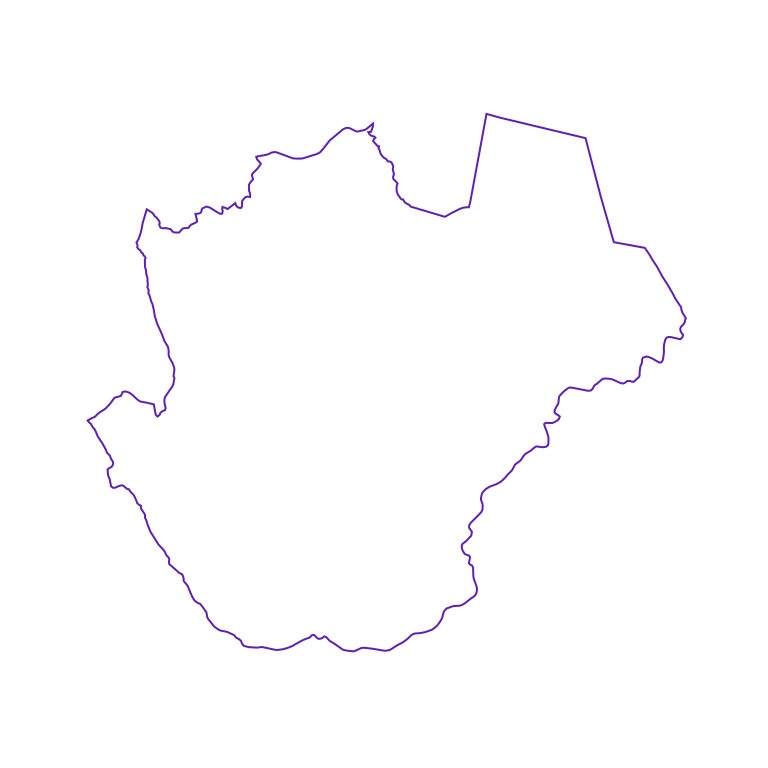 Matungulu, Eastern, Kenya, rotated 192°
{"feature_id": "3690345B24621984513520", "entity_name": "Matungulu", "entity_type": "district", "adm_level": 2, "iso_a3": "KEN", "parent_name": "Kenya", "parent_adm1": "Eastern", "projection": "orthographic", "projection_center": [37.26, -1.206], "detail": "fine", "context": "isolated", "style": "outline", "palette": "violet", "viewbox_px": 768, "rotation_deg": 192, "n_neighbors": 0, "source": "geoboundaries", "source_scale": "gbopen_adm2", "svg_char_len": 6163}
<svg xmlns="http://www.w3.org/2000/svg" viewBox="0 0 768 768"><g transform="rotate(192 384 384)"><path d="M212.0,365.9L214.7,371.0L218.1,376.1L219.0,378.1L217.9,379.6L212.2,380.6L210.7,381.1L207.3,383.9L205.6,386.2L205.3,388.8L207.5,389.9L210.0,390.6L211.4,391.9L211.6,393.8L210.3,398.8L209.6,400.2L209.5,402.0L210.0,406.6L210.0,408.3L208.5,411.1L206.3,414.5L202.9,418.4L201.2,419.3L198.8,419.5L182.9,419.8L180.2,420.7L178.8,423.0L178.1,425.8L177.0,427.4L175.7,428.6L171.4,434.3L168.9,435.4L164.4,436.0L161.7,436.0L152.6,434.1L150.5,434.1L148.6,435.2L146.6,437.5L144.2,438.1L142.3,437.8L140.3,438.0L135.9,444.0L135.8,445.6L136.5,449.5L136.9,454.1L136.2,457.9L136.2,459.7L136.7,461.7L136.1,463.7L133.1,465.4L131.0,465.5L126.8,464.7L119.4,462.2L117.3,462.8L116.4,464.7L116.3,467.8L116.9,474.2L117.5,475.9L118.2,480.2L118.2,484.1L118.0,486.2L117.1,488.1L115.7,489.1L113.3,489.5L103.4,489.4L101.8,491.7L101.7,494.3L103.7,495.9L105.2,497.9L105.7,499.7L105.4,501.6L103.4,504.8L102.6,507.4L102.8,509.2L102.4,511.0L103.8,512.7L106.8,515.6L108.7,518.8L109.2,520.7L116.6,527.9L120.1,532.2L127.3,540.2L133.9,546.8L141.6,555.8L147.2,561.2L150.7,565.2L157.2,571.4L188.7,570.5L211.1,612.7L238.0,666.4L325.4,668.6L339.9,669.5L337.5,580.7L337.7,574.5L339.5,574.2L343.4,572.8L346.7,570.7L353.2,565.5L359.2,560.2L395.1,563.1L396.3,564.4L400.0,565.3L401.9,566.4L403.7,568.5L405.3,568.3L406.7,569.2L407.9,570.5L409.7,572.0L411.3,574.5L412.1,576.6L412.8,580.2L412.4,583.0L415.7,585.4L417.3,586.3L418.2,588.3L417.9,591.4L420.1,595.8L420.1,598.7L422.3,601.8L424.0,602.8L426.5,602.6L428.5,604.4L430.6,605.1L432.6,606.2L434.4,607.7L435.9,609.7L437.0,612.0L438.5,613.5L438.2,615.4L439.9,615.5L445.2,619.4L444.8,621.4L443.6,623.1L444.9,624.0L447.0,624.1L448.8,624.5L450.4,625.5L451.7,627.2L449.2,627.9L448.4,633.3L448.9,636.4L454.5,629.4L456.2,628.3L462.1,625.5L463.8,625.3L470.8,627.1L473.2,627.0L475.1,626.1L477.3,624.3L487.7,611.0L492.3,601.6L494.7,597.4L495.9,596.2L498.0,594.7L510.3,587.8L512.6,587.1L518.0,586.0L520.0,585.8L537.3,588.3L539.0,588.2L542.1,587.0L544.4,585.1L546.6,583.8L556.2,579.8L555.0,577.4L551.7,575.1L550.3,573.9L551.2,571.3L552.6,568.3L556.2,562.7L556.7,561.2L554.7,556.8L556.6,553.5L557.5,550.9L556.9,548.7L556.3,545.1L555.1,543.4L554.2,541.2L553.9,539.1L556.5,538.9L558.5,537.9L560.7,534.0L560.6,531.9L559.8,528.4L560.4,526.5L562.7,526.2L564.8,527.0L566.2,528.3L567.1,530.0L573.4,522.6L575.6,523.3L578.8,523.5L578.6,521.3L577.7,519.7L577.7,517.0L580.0,516.4L591.2,520.4L594.6,520.6L598.0,518.1L598.6,516.6L598.5,515.0L599.0,513.3L601.0,512.0L603.8,511.2L601.4,506.2L600.6,504.0L602.1,502.4L605.5,500.0L606.9,498.2L607.5,496.3L609.3,495.5L611.7,495.0L613.4,494.0L615.9,489.6L619.4,488.8L621.7,488.7L623.5,489.9L624.9,491.1L629.9,491.2L632.0,490.4L634.4,490.3L636.0,491.4L636.9,493.0L636.9,495.1L637.8,496.6L640.9,499.4L643.0,500.3L644.7,502.1L646.3,503.3L652.4,505.5L653.5,491.4L653.3,483.9L653.5,480.5L654.2,474.7L655.5,470.9L653.9,468.4L653.8,466.4L652.3,465.0L650.2,464.1L648.9,462.4L646.8,461.3L646.0,459.8L644.5,459.1L643.4,457.6L643.8,456.0L642.2,449.2L641.4,447.4L640.5,446.1L639.2,441.6L637.3,438.3L636.9,436.1L635.5,431.7L635.6,429.6L633.7,426.8L633.3,423.6L631.8,421.9L628.6,415.9L627.2,414.3L624.3,408.0L622.3,402.7L620.2,399.1L619.1,396.8L611.3,386.1L607.5,380.1L603.4,375.9L602.1,373.4L601.1,370.1L600.9,368.0L599.5,365.4L595.4,360.7L593.4,357.7L592.4,355.8L591.9,353.7L591.5,347.8L590.2,346.3L590.2,342.7L590.0,340.0L590.5,337.8L595.4,325.9L595.6,323.5L595.1,320.6L592.6,315.0L592.8,312.9L594.8,311.6L596.6,309.6L597.2,306.9L598.8,305.1L600.5,306.2L601.4,307.6L604.9,316.2L612.7,316.4L617.7,316.2L619.3,316.4L622.2,317.6L627.8,321.0L630.6,322.3L632.9,322.8L635.6,322.9L637.9,321.9L638.9,317.6L644.7,314.6L647.8,307.8L651.3,302.0L657.3,296.0L659.8,292.0L662.8,289.8L666.3,286.7L664.4,285.1L662.6,284.2L659.8,281.1L657.6,279.5L655.4,276.7L653.2,273.3L646.8,267.0L642.8,262.4L640.7,259.3L637.0,256.7L635.8,254.5L632.6,251.2L632.4,248.4L633.4,246.1L635.2,244.7L636.6,242.9L635.0,237.5L632.5,233.8L629.7,227.2L627.3,226.1L625.1,226.8L622.3,229.0L619.2,230.5L617.6,230.1L613.3,227.9L611.7,228.0L609.4,225.7L605.9,223.5L603.8,221.0L600.5,216.1L598.4,214.9L596.5,214.4L596.1,212.3L595.2,211.0L591.3,207.3L590.4,206.0L590.0,203.6L588.0,201.0L586.0,197.3L581.7,190.9L571.2,180.1L565.1,175.8L563.2,174.0L562.1,172.2L560.7,170.8L558.9,169.7L557.5,167.8L557.4,165.3L556.7,163.3L544.8,156.5L542.1,156.0L540.6,154.2L539.6,152.3L539.1,149.8L534.3,146.0L528.3,137.3L525.6,134.0L523.5,132.4L521.6,131.5L517.7,130.5L515.3,128.4L510.3,123.8L508.4,119.2L507.1,117.6L499.6,111.4L494.3,109.2L492.4,108.8L485.9,108.9L478.3,107.2L476.6,105.6L474.8,104.8L472.7,104.3L470.6,103.1L468.4,100.0L466.5,98.7L461.4,98.5L453.1,99.8L449.4,101.2L447.6,101.4L435.4,101.4L433.2,101.6L427.6,103.6L423.4,105.8L418.7,109.0L417.1,110.6L410.6,116.2L408.4,117.8L404.1,120.5L401.9,123.7L399.8,123.8L396.5,121.6L394.9,121.1L392.9,121.8L391.3,123.0L390.0,124.7L388.0,124.5L383.8,121.5L378.1,119.5L369.0,115.6L366.3,115.4L358.3,116.1L355.7,117.7L351.6,120.9L349.7,121.6L347.0,122.1L339.6,122.7L327.7,123.2L323.8,124.6L322.3,125.7L316.6,131.3L312.1,135.0L308.2,139.3L305.0,144.1L302.9,145.9L300.7,146.8L298.3,147.3L292.4,149.7L286.1,153.5L284.5,155.2L282.1,158.3L280.7,160.9L279.3,164.5L278.5,167.2L278.3,172.6L277.7,174.9L276.3,177.3L271.4,180.4L269.3,181.4L264.1,182.8L262.2,183.8L259.4,186.2L253.9,192.8L252.1,194.5L251.2,195.8L250.3,197.9L250.1,200.5L250.5,203.1L251.2,204.9L255.6,212.1L256.6,214.4L258.7,223.0L260.3,224.8L262.2,225.3L263.7,226.3L263.8,232.4L264.9,233.8L267.3,234.0L269.8,234.6L272.6,237.6L273.7,239.7L274.3,241.7L274.1,243.7L270.6,248.0L267.1,253.9L267.3,257.7L270.9,261.1L271.3,263.2L270.4,266.1L263.5,276.7L262.0,279.4L261.6,282.3L262.1,285.1L262.7,287.2L265.1,291.0L265.4,293.0L265.5,296.1L265.0,298.5L262.9,301.9L261.7,303.3L259.0,305.7L253.1,309.5L249.9,312.3L248.4,314.0L246.2,317.3L243.8,321.7L241.4,325.2L240.5,327.3L239.1,332.4L235.4,336.5L234.3,338.2L233.4,340.2L232.8,342.2L231.4,344.8L226.3,349.6L224.9,351.6L222.6,354.2L221.0,354.8L217.4,354.9L214.4,355.5L212.2,356.5L211.0,357.9L210.8,360.1L212.0,365.9Z" fill="none" stroke="#5b21b6" stroke-width="2"/></g></svg>